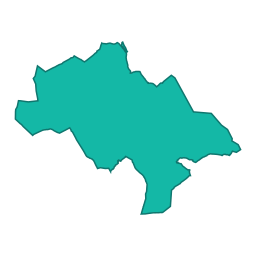 Nome nor, Telemark, Norway (Mercator projection)
{"feature_id": "86288312B14139397514158", "entity_name": "Nome nor", "entity_type": "district", "adm_level": 2, "iso_a3": "NOR", "parent_name": "Norway", "parent_adm1": "Telemark", "projection": "mercator", "projection_center": [9.16, 59.264], "detail": "fine", "context": "isolated", "style": "filled", "palette": "teal", "viewbox_px": 256, "rotation_deg": 0, "n_neighbors": 0, "source": "geoboundaries", "source_scale": "gbopen_adm2", "svg_char_len": 5571}
<svg xmlns="http://www.w3.org/2000/svg" viewBox="0 0 256 256"><path d="M37.5,65.9L35.1,76.3L33.3,78.5L35.7,84.0L36.2,90.9L37.7,98.7L37.9,100.8L28.3,101.9L20.4,100.8L18.5,100.7L17.4,106.0L17.2,106.5L17.2,106.9L17.0,107.1L16.9,107.5L16.7,107.8L16.5,108.1L16.3,108.4L16.1,108.8L15.7,109.5L15.5,111.9L15.5,112.9L15.4,119.1L20.4,123.8L21.4,124.4L23.2,126.5L32.7,135.4L33.7,134.4L39.8,131.5L42.7,130.2L44.5,129.8L45.9,129.7L46.2,129.5L47.3,129.6L48.9,129.3L49.7,129.0L50.5,128.9L51.2,129.2L52.3,129.5L54.2,130.8L57.3,132.4L59.6,133.1L64.8,130.4L65.5,130.1L66.5,129.5L67.7,128.9L69.7,127.8L70.7,129.4L71.0,129.7L71.1,130.8L72.5,132.0L73.1,133.1L75.8,138.2L76.5,139.7L82.9,149.9L84.1,151.9L86.0,155.4L86.7,156.4L87.6,157.0L88.7,157.5L90.0,158.3L90.9,158.5L91.8,159.0L92.1,159.0L92.3,159.4L93.0,160.0L93.4,160.2L94.5,162.2L94.8,163.0L95.1,163.5L95.7,165.0L95.9,165.2L96.7,166.9L97.2,167.6L97.5,168.5L100.4,167.7L105.4,168.5L108.7,168.3L110.6,171.7L110.7,170.8L110.9,170.8L111.0,170.5L112.1,169.7L112.2,169.4L112.4,169.1L113.0,169.2L113.6,168.6L113.9,168.1L114.1,167.5L114.2,166.9L115.2,165.9L115.4,165.8L115.4,165.7L115.4,165.3L115.5,165.1L115.8,164.8L116.1,164.8L116.9,164.4L117.4,163.7L117.7,163.5L118.1,163.4L118.2,162.8L117.9,162.5L118.0,162.2L117.7,162.1L117.7,161.9L117.8,161.6L117.9,161.3L118.2,160.9L118.0,160.7L118.3,160.5L118.4,160.2L118.5,160.1L118.8,160.1L119.1,160.3L119.3,160.7L119.3,160.8L119.6,160.7L119.8,160.5L120.0,160.6L120.1,160.9L120.3,161.1L120.6,161.2L120.9,161.1L121.3,160.2L121.8,159.9L122.0,159.6L122.7,159.0L123.3,158.7L124.7,157.6L125.2,157.3L125.3,157.1L125.2,156.9L125.7,156.4L132.0,159.9L132.2,160.4L132.4,161.9L132.7,162.4L133.2,162.9L133.7,164.3L134.2,165.5L134.9,167.3L135.4,168.3L136.4,169.5L137.8,170.8L138.2,171.1L138.4,171.4L140.0,172.9L141.5,174.0L142.2,174.6L142.7,175.1L143.9,176.6L143.9,176.9L144.0,177.2L144.4,177.5L144.7,178.2L144.9,178.5L145.1,178.9L145.4,179.5L145.5,180.2L145.8,181.0L145.8,181.3L146.1,181.8L146.3,182.1L147.1,184.3L146.6,191.5L145.6,194.0L145.8,198.7L145.1,200.8L144.2,204.0L143.9,204.7L143.7,205.6L143.6,206.1L143.3,206.6L143.2,206.9L143.1,207.7L142.8,208.5L142.7,208.9L141.9,211.7L141.7,212.5L141.5,213.3L141.2,214.0L145.2,213.9L149.2,213.3L153.2,212.8L158.8,212.7L161.7,212.4L161.9,212.6L162.1,212.5L162.7,212.4L170.4,206.4L171.5,190.2L172.3,189.5L173.6,188.5L173.9,188.1L174.1,187.4L175.5,186.3L178.3,184.7L179.6,183.8L180.2,183.6L180.6,182.9L181.5,182.0L182.9,181.1L186.1,178.7L187.8,177.2L189.0,175.9L189.4,175.7L190.4,175.6L190.3,175.4L190.1,174.9L190.1,174.4L189.9,174.1L189.8,173.7L189.6,173.5L189.6,172.9L189.3,171.3L189.4,171.1L189.6,170.8L189.6,170.5L189.6,170.4L189.8,170.0L189.7,169.9L187.7,169.8L185.2,168.0L184.6,167.4L183.0,166.3L182.6,165.9L181.1,163.7L180.4,163.7L179.2,163.3L178.8,163.3L178.3,163.2L178.4,162.9L178.1,162.8L178.0,162.7L177.8,162.7L177.4,162.8L177.1,162.7L176.8,162.8L176.7,162.7L176.7,162.4L176.4,161.8L176.5,161.6L176.7,161.3L176.9,161.3L177.1,161.1L177.5,160.8L177.8,160.7L177.5,160.0L180.2,157.9L180.6,157.8L181.6,158.1L182.1,158.1L182.5,157.9L184.3,157.7L184.7,157.9L185.4,157.9L186.6,158.1L189.4,159.7L190.0,159.8L191.1,159.6L192.8,160.1L192.9,160.3L192.6,160.8L193.2,161.3L193.9,161.8L194.4,162.0L195.7,162.4L196.7,161.7L198.0,160.6L198.4,160.4L198.9,160.2L199.4,159.8L199.7,159.5L199.8,159.5L200.1,159.3L200.4,159.0L201.1,158.4L201.4,158.4L201.8,158.1L202.0,157.7L202.6,157.5L202.9,157.2L204.1,156.9L204.7,156.6L205.4,156.2L206.8,155.7L207.4,154.9L208.3,154.5L210.4,153.8L211.6,154.0L214.0,154.1L217.3,154.4L220.9,155.0L221.3,155.2L221.7,155.4L222.2,155.5L222.5,155.3L222.7,154.9L223.5,154.5L223.7,154.4L224.5,154.4L225.1,154.2L226.0,154.7L226.8,154.7L227.1,154.6L227.5,154.6L228.1,155.0L228.4,155.0L229.3,155.4L229.5,155.1L229.8,155.1L230.0,154.8L229.8,154.7L230.2,154.5L230.4,154.4L230.5,153.9L231.0,153.7L232.4,151.2L236.4,152.3L240.6,149.6L238.2,144.7L231.9,140.9L232.2,138.7L227.5,129.5L221.5,125.2L211.3,113.4L193.5,111.9L174.9,77.9L171.3,75.3L163.5,81.6L163.1,82.3L162.7,82.5L162.5,83.1L162.0,83.1L160.9,83.0L160.5,83.3L160.1,83.5L158.6,85.1L157.6,86.0L156.7,86.8L154.9,85.1L154.6,84.9L153.4,83.9L152.6,83.5L150.6,83.2L148.4,83.3L148.3,83.2L148.2,83.0L148.2,82.7L147.6,82.8L147.5,82.5L147.3,82.4L147.2,82.1L146.8,81.5L145.9,80.6L145.7,80.2L145.3,79.7L145.1,79.3L145.0,79.0L144.1,78.1L143.2,76.8L142.8,76.4L142.2,75.6L141.2,74.4L140.4,72.6L139.9,71.6L139.0,71.5L135.7,71.5L134.0,72.1L133.5,72.0L131.7,73.0L130.3,73.1L130.6,71.3L129.6,70.0L129.1,69.6L127.9,67.3L127.7,66.3L127.8,66.1L127.8,65.2L127.6,64.3L127.2,63.0L126.9,61.5L126.6,60.8L126.4,59.8L126.3,58.9L126.1,57.3L126.5,54.5L126.4,53.4L126.3,53.1L125.9,52.3L125.2,51.6L123.9,49.4L123.6,49.1L122.4,47.9L121.9,46.9L122.8,46.6L123.1,47.4L123.7,48.2L124.7,49.2L125.2,49.8L125.7,50.2L126.2,51.3L126.6,51.7L126.6,51.8L127.0,51.9L127.3,51.8L127.4,51.6L126.8,51.0L125.6,47.8L124.6,46.3L123.8,44.8L122.7,42.1L122.2,42.4L122.0,42.5L122.0,43.0L121.8,44.1L121.3,45.8L121.3,46.0L121.3,46.3L120.2,45.2L119.4,44.1L118.3,43.2L117.2,42.6L116.0,43.5L114.9,43.9L114.3,44.1L113.6,44.1L112.3,43.8L110.0,43.1L107.7,43.5L107.1,43.7L106.4,43.9L105.8,43.9L105.3,43.7L103.7,43.6L103.1,43.5L102.0,43.3L101.8,43.1L101.1,44.9L101.0,45.0L100.4,47.3L99.9,48.8L99.6,49.5L98.7,49.9L97.4,50.9L97.0,51.0L96.7,52.2L96.3,52.7L95.8,52.9L95.4,53.1L93.1,55.3L86.1,60.8L85.1,61.4L84.5,61.9L82.4,60.7L80.9,59.5L80.3,59.4L77.4,57.8L74.2,55.9L73.4,57.1L72.7,57.6L70.9,57.9L69.6,59.0L63.1,62.5L62.3,63.5L61.2,64.0L59.1,64.7L58.6,65.0L57.9,65.4L57.0,65.8L55.4,66.8L52.9,67.9L45.4,71.8L37.5,65.9Z" fill="#14b8a6" stroke="#0f766e" stroke-width="1.5"/></svg>